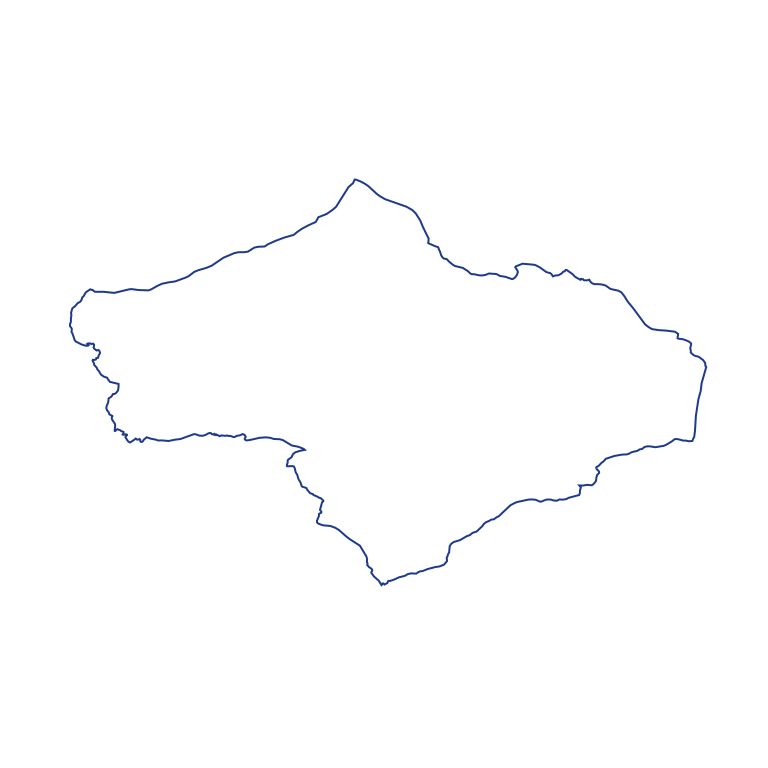 Ruscova, Maramures, Romania (Robinson projection), rotated 186°
{"feature_id": "2599482B43305241413801", "entity_name": "Ruscova", "entity_type": "district", "adm_level": 2, "iso_a3": "ROU", "parent_name": "Romania", "parent_adm1": "Maramures", "projection": "robinson", "projection_center": [24.321, 47.803], "detail": "fine", "context": "isolated", "style": "outline", "palette": "blue", "viewbox_px": 768, "rotation_deg": 186, "n_neighbors": 0, "source": "geoboundaries", "source_scale": "gbopen_adm2", "svg_char_len": 6129}
<svg xmlns="http://www.w3.org/2000/svg" viewBox="0 0 768 768"><g transform="rotate(186 384 384)"><path d="M683.7,447.1L684.2,446.9L686.0,447.5L690.1,444.0L692.1,439.6L693.1,438.7L693.5,436.4L694.3,434.7L695.0,433.8L697.2,432.3L699.1,429.4L701.9,426.6L702.7,421.9L702.1,420.0L702.2,416.8L701.9,412.9L702.5,411.0L702.4,408.8L700.5,406.7L700.2,406.0L700.2,403.2L698.8,401.0L696.1,395.1L694.8,394.0L689.2,391.8L684.9,390.9L682.8,391.1L681.8,391.6L681.9,392.0L683.3,392.9L682.9,393.3L680.6,393.7L679.5,393.2L677.3,393.7L676.4,392.6L676.6,390.0L675.8,388.8L673.3,387.3L671.7,388.0L670.6,387.3L669.6,385.1L670.7,382.7L671.1,380.2L672.8,379.7L672.9,378.6L673.3,378.2L674.5,377.7L676.1,377.6L676.3,376.8L674.7,374.4L674.2,372.7L671.5,370.3L670.4,368.3L669.1,367.3L666.4,363.7L663.3,362.0L660.0,361.3L659.4,360.3L656.9,357.5L648.0,356.3L647.7,353.8L647.8,349.9L649.4,347.2L650.9,346.0L652.6,345.6L653.2,344.0L653.9,342.9L656.4,340.8L656.3,338.1L656.6,335.9L657.3,334.1L657.7,331.1L656.6,328.8L655.0,327.3L653.9,325.1L650.8,323.8L650.7,323.5L651.3,322.2L650.8,320.3L647.3,316.1L646.9,313.8L647.1,312.0L646.8,310.7L647.0,310.0L646.9,309.2L646.5,309.1L644.5,311.2L641.7,310.5L640.2,309.6L638.3,309.3L638.0,309.1L637.9,308.1L638.6,306.4L638.0,306.2L635.6,307.0L634.3,306.7L634.2,306.3L635.5,304.7L635.6,304.0L632.6,300.3L631.5,299.6L630.4,299.3L626.6,302.4L625.2,303.8L623.8,302.9L622.5,303.1L621.3,303.7L620.7,303.2L620.2,301.3L619.4,301.0L618.6,301.2L617.7,302.0L617.1,303.5L614.4,306.2L609.9,305.2L605.1,304.8L602.6,304.2L598.9,304.7L592.3,304.8L585.6,306.9L580.7,308.0L567.7,314.3L565.9,314.3L562.6,313.4L559.2,313.5L556.4,314.5L553.6,316.5L552.1,317.1L550.9,317.0L550.2,316.3L549.1,316.0L548.5,316.0L547.8,316.6L547.3,315.8L546.1,316.4L545.8,315.6L544.4,315.9L541.9,314.9L540.3,315.9L536.8,315.8L534.6,316.4L533.5,316.1L531.3,316.3L528.1,315.5L526.7,315.8L525.2,317.0L521.9,317.9L519.5,319.4L517.5,318.9L516.1,317.3L516.0,316.7L516.8,315.2L516.7,314.5L516.1,313.9L514.7,313.5L511.2,314.4L502.1,317.5L495.9,318.6L491.6,318.6L487.7,317.8L482.0,318.2L478.9,317.7L469.2,313.2L462.4,312.6L457.2,311.1L455.9,310.2L460.1,308.9L464.9,306.9L467.2,304.8L468.3,301.5L471.6,298.5L471.8,297.8L471.6,295.6L472.1,293.5L472.0,292.3L471.5,292.0L466.5,292.8L465.0,292.5L464.1,291.2L462.5,286.8L460.9,284.8L458.9,280.1L457.0,277.8L455.0,273.5L450.3,272.4L449.3,270.8L446.1,267.7L443.1,267.0L442.7,266.3L437.8,264.8L436.8,264.1L435.1,263.9L432.2,261.8L432.1,261.0L433.2,260.0L434.4,252.7L434.4,251.9L433.0,250.7L432.9,249.7L433.2,249.2L435.0,248.2L435.0,245.6L436.4,241.0L436.1,239.4L435.4,238.6L431.9,237.5L429.8,237.1L422.5,237.2L417.4,235.9L413.6,234.1L405.7,228.5L401.8,226.1L391.1,220.7L383.5,210.7L382.5,207.9L382.4,205.3L381.6,203.6L381.7,202.0L380.5,201.2L380.0,200.5L377.4,199.1L376.4,198.2L376.2,197.1L376.9,195.5L376.9,194.9L373.8,191.5L368.5,187.7L365.5,183.7L364.8,184.6L364.6,185.5L363.7,185.6L362.5,184.6L359.8,186.5L359.4,188.2L358.8,188.7L357.0,188.9L352.9,190.9L349.1,193.2L343.2,195.4L340.5,197.4L337.2,198.5L332.1,198.8L330.0,200.6L328.3,201.5L326.1,202.0L321.3,204.5L313.9,207.3L309.6,208.4L305.4,210.7L302.9,214.3L302.9,215.4L303.5,217.6L302.8,219.5L302.6,221.0L301.6,223.4L301.7,229.7L300.5,232.0L299.3,233.2L297.6,234.4L292.0,236.7L286.1,241.1L282.7,242.8L280.5,245.1L276.4,247.0L271.3,253.0L270.2,255.1L268.0,257.3L265.0,258.9L263.3,260.3L260.5,261.0L257.7,263.5L256.1,264.4L245.7,276.5L242.7,278.6L239.4,280.5L228.4,284.1L224.7,284.7L220.9,284.7L217.4,283.5L215.7,283.3L210.7,285.9L208.1,286.4L205.2,286.4L203.5,285.9L199.8,286.0L197.5,287.5L194.0,287.7L190.6,288.6L188.5,290.1L178.3,294.0L177.8,296.0L178.0,298.6L177.4,301.8L179.2,303.5L175.4,303.8L171.7,304.9L166.7,305.0L164.9,306.7L163.0,309.8L163.0,313.5L162.3,316.2L160.9,317.8L160.8,318.4L160.9,319.1L161.5,320.0L163.1,321.1L163.9,322.0L164.2,323.4L161.9,325.1L159.4,328.4L158.1,329.5L156.7,331.1L156.3,332.0L155.4,332.9L147.1,336.6L139.8,338.7L134.9,339.4L132.4,340.7L130.7,342.0L124.7,344.2L122.9,345.7L120.5,346.4L118.4,348.5L116.2,349.4L113.4,349.8L107.5,349.5L99.5,351.7L97.3,352.8L91.0,357.6L89.8,359.0L88.4,359.8L85.4,359.8L80.5,359.0L77.7,359.3L75.2,358.9L71.5,359.5L71.1,360.3L70.9,361.7L70.0,363.5L69.8,369.5L70.5,385.1L69.7,401.8L68.3,410.3L68.2,418.0L65.3,434.6L66.2,435.5L66.8,438.5L69.1,441.1L74.0,444.0L77.9,444.6L79.3,445.2L82.2,447.3L82.4,449.4L83.2,451.5L82.7,455.3L82.8,456.3L83.4,457.0L85.6,458.2L89.2,459.3L91.8,459.8L95.7,459.8L96.9,460.3L96.7,464.6L100.1,466.4L108.8,466.6L116.2,466.3L123.2,466.6L126.5,468.1L130.5,470.5L144.1,485.4L150.3,491.5L153.9,496.2L157.4,499.9L160.7,501.3L168.7,502.2L173.9,505.1L176.5,505.6L179.8,505.8L185.6,505.3L187.9,506.1L190.0,507.9L190.7,509.2L193.0,508.3L195.3,508.1L196.2,508.2L197.1,509.1L198.0,508.8L198.9,509.2L199.2,509.1L199.7,508.2L205.4,510.7L207.7,512.8L214.2,516.5L215.2,516.4L216.0,515.0L217.6,514.3L218.9,512.5L221.9,510.4L225.4,509.7L227.3,508.7L228.8,510.7L230.4,511.7L233.0,512.0L234.6,512.5L241.1,516.2L245.6,518.0L247.5,518.3L258.8,518.1L265.1,514.8L265.7,513.9L263.0,510.6L262.6,509.1L263.3,506.1L264.8,503.6L266.7,502.0L267.6,501.7L274.5,503.3L280.2,503.6L282.0,504.5L283.8,505.1L290.6,504.9L291.5,504.7L294.9,502.9L298.7,502.1L301.7,502.1L305.4,502.6L308.5,502.4L309.4,502.8L313.1,505.5L314.1,505.8L317.7,507.7L325.8,508.8L327.8,509.7L332.1,512.5L334.6,514.7L337.7,515.1L339.1,516.0L340.6,518.0L342.3,521.9L343.1,522.9L344.2,525.3L344.8,525.8L347.6,526.4L354.7,528.7L354.8,533.2L361.5,543.9L365.1,550.5L370.2,556.9L373.9,559.9L380.0,562.6L402.2,567.9L407.6,570.3L411.2,572.4L420.3,579.2L423.9,581.1L428.2,582.9L432.7,584.2L434.5,584.3L435.8,580.5L439.9,576.1L450.2,555.2L453.7,551.5L458.8,547.1L466.7,543.0L468.8,538.0L475.5,534.1L482.0,529.7L486.0,526.3L489.3,522.9L498.5,519.2L507.1,514.9L514.6,510.5L516.1,509.0L517.4,508.2L523.2,507.4L527.2,506.1L533.2,501.4L536.8,500.5L542.2,499.9L546.4,498.6L556.9,492.8L567.8,483.6L573.1,480.8L580.7,477.7L584.4,475.7L589.6,470.8L592.4,469.1L602.4,464.2L609.1,462.5L615.3,460.5L619.5,458.0L625.4,453.8L628.0,452.5L637.8,451.8L644.6,452.0L647.1,451.6L661.8,446.4L672.4,446.4L681.1,445.5L683.7,447.1Z" fill="none" stroke="#1e3a8a" stroke-width="2"/></g></svg>